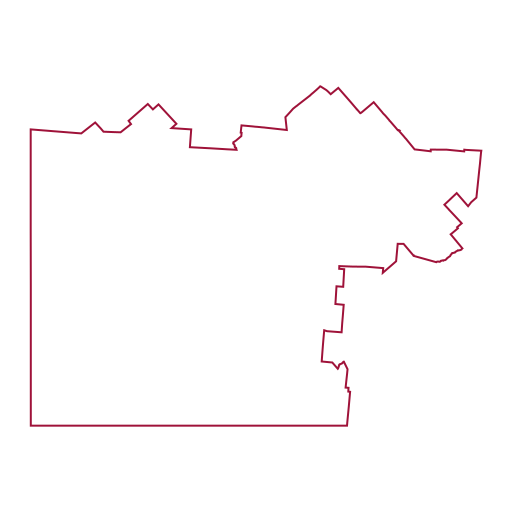 Diamantina, Queensland, Australia (Mercator projection)
{"feature_id": "25037944B3552129947749", "entity_name": "Diamantina", "entity_type": "district", "adm_level": 2, "iso_a3": "AUS", "parent_name": "Australia", "parent_adm1": "Queensland", "projection": "mercator", "projection_center": [140.812, -24.577], "detail": "fine", "context": "isolated", "style": "outline", "palette": "rose", "viewbox_px": 512, "rotation_deg": 0, "n_neighbors": 0, "source": "geoboundaries", "source_scale": "gbopen_adm2", "svg_char_len": 4604}
<svg xmlns="http://www.w3.org/2000/svg" viewBox="0 0 512 512"><path d="M481.3,150.7L466.2,149.9L464.3,149.7L464.2,151.4L446.9,149.7L430.8,149.6L430.7,151.3L422.5,150.3L414.6,149.4L406.6,139.6L406.4,139.3L405.0,137.8L403.7,136.2L399.0,130.9L399.5,130.5L398.6,130.0L397.8,130.2L395.8,127.8L390.1,121.2L389.5,120.7L389.1,120.0L385.3,115.6L383.1,113.4L382.1,112.1L373.7,102.2L362.0,112.1L360.5,113.2L360.3,113.2L357.1,109.5L356.8,109.4L356.8,109.2L355.3,107.5L354.2,106.2L350.8,102.2L338.3,87.9L335.3,90.4L334.9,90.7L330.7,94.2L328.2,91.7L326.4,90.1L320.7,86.5L320.2,86.3L318.7,87.8L318.2,88.3L317.9,88.5L316.2,90.1L315.8,90.4L315.7,90.5L314.9,91.2L313.2,92.7L312.9,92.9L312.6,93.2L312.5,93.3L312.3,93.4L310.4,95.1L310.3,95.3L298.2,104.7L297.0,105.7L296.0,106.4L293.1,108.7L290.0,112.2L285.4,117.2L286.8,130.0L265.0,127.6L264.4,127.5L261.8,127.3L260.1,127.1L258.8,127.0L258.7,127.0L258.0,126.9L255.2,126.7L252.5,126.4L241.5,125.4L240.7,132.6L241.6,132.8L241.3,136.1L236.2,140.4L235.7,140.8L233.3,142.3L233.3,142.5L233.5,142.8L233.5,143.0L233.4,143.2L233.5,143.3L233.4,143.5L233.6,143.6L233.6,143.8L233.6,144.0L233.9,144.3L234.1,144.6L234.3,144.7L234.5,144.9L234.6,145.3L234.7,145.7L234.8,146.1L234.7,146.4L234.7,146.7L234.8,147.0L234.9,147.3L235.1,147.4L235.3,147.4L235.5,147.5L235.9,147.7L236.1,147.9L236.1,148.3L236.2,148.6L236.4,149.0L236.4,149.5L236.5,149.8L227.2,149.3L208.9,148.2L208.7,148.2L193.6,147.4L189.9,147.2L191.2,129.4L171.6,128.1L176.4,123.8L158.5,104.4L152.9,109.4L147.8,104.0L128.6,120.8L131.0,124.1L125.5,128.4L120.6,132.3L113.9,132.1L103.5,131.7L100.7,128.4L95.2,122.5L81.3,133.4L77.2,133.1L30.7,129.4L30.7,145.9L30.7,171.1L30.7,181.9L30.7,183.4L30.7,207.8L30.7,216.5L30.7,232.1L30.8,285.9L30.8,322.5L30.8,355.6L30.8,371.4L30.8,411.7L30.8,415.2L30.8,425.7L43.8,425.7L46.4,425.7L46.5,425.7L67.0,425.7L70.6,425.7L72.7,425.7L73.0,425.7L106.6,425.7L111.6,425.7L112.2,425.7L138.4,425.7L156.9,425.7L159.5,425.7L162.2,425.7L164.0,425.7L164.6,425.7L173.3,425.7L174.4,425.7L178.1,425.7L180.2,425.7L182.1,425.7L225.8,425.7L229.7,425.7L230.6,425.7L233.0,425.7L234.5,425.7L260.6,425.7L286.9,425.7L288.1,425.7L295.6,425.7L330.6,425.7L339.3,425.7L347.0,425.7L347.2,423.6L347.2,423.3L348.8,406.5L350.1,391.8L348.3,391.6L348.3,391.4L348.5,387.8L345.6,387.6L347.1,373.7L347.5,369.7L347.5,369.1L344.2,362.4L344.2,362.5L344.2,362.4L343.9,361.7L343.6,361.7L343.2,362.0L343.0,362.3L342.7,362.6L342.8,362.7L342.4,363.1L342.1,363.4L340.9,363.9L340.1,364.1L339.6,364.3L339.3,364.7L339.1,365.0L339.3,365.2L339.1,365.7L338.9,366.0L338.7,366.5L338.5,367.3L338.3,367.7L338.1,367.9L338.1,368.4L337.8,368.8L332.3,362.5L321.7,361.5L322.5,350.7L323.1,343.0L324.2,330.3L327.1,331.2L341.6,332.3L342.2,323.3L342.8,316.2L343.7,304.8L335.4,304.0L335.7,299.5L336.5,286.3L343.2,286.8L344.2,269.2L339.2,268.8L339.3,266.1L352.7,266.6L366.0,266.7L383.2,268.1L382.8,272.8L390.1,266.5L396.1,261.3L397.7,243.8L399.8,243.9L403.6,243.9L413.1,255.1L413.7,255.3L413.7,255.9L433.8,261.5L436.3,262.2L436.6,262.0L436.7,261.8L437.0,261.7L437.5,261.6L437.9,261.5L438.1,261.5L438.3,261.6L438.5,261.6L438.9,261.7L439.0,261.7L439.4,261.6L439.6,261.7L439.8,261.8L440.0,261.7L440.5,261.3L440.8,261.1L440.9,260.8L441.2,260.7L441.5,260.7L441.8,260.7L442.0,260.6L442.3,260.5L442.5,260.4L442.9,260.5L443.2,260.6L443.3,260.4L443.5,260.3L444.1,260.2L444.3,260.2L444.6,260.2L444.8,260.2L445.0,260.1L445.5,259.9L445.7,259.7L445.9,259.6L446.1,259.4L446.4,259.1L446.5,258.9L446.8,258.7L446.9,258.4L447.0,258.3L447.2,258.2L447.4,258.1L447.5,258.0L447.6,257.8L447.8,257.7L448.0,257.6L448.3,257.3L448.5,257.1L448.9,256.9L449.2,256.7L449.4,256.6L449.7,256.4L449.9,256.3L450.1,256.1L450.2,255.9L450.3,255.6L450.4,255.3L450.6,255.0L450.8,254.9L451.0,254.7L451.2,254.4L451.3,254.2L451.6,254.0L451.7,253.8L451.7,253.5L451.9,253.3L452.1,253.2L452.3,253.0L452.6,253.0L453.1,253.0L453.3,252.9L453.5,252.8L453.9,252.8L454.2,252.7L454.4,252.6L454.6,252.6L454.8,252.6L455.1,252.4L455.2,252.1L455.5,252.0L455.6,251.8L455.8,251.6L456.0,251.5L456.3,251.3L456.7,251.1L456.9,251.0L457.3,250.8L457.5,250.7L457.7,250.4L458.0,250.3L458.3,250.4L458.6,250.5L458.8,250.4L459.1,250.3L459.3,250.3L459.6,250.2L459.9,250.2L460.2,250.1L460.5,250.0L460.7,249.9L460.9,249.8L461.2,249.7L461.5,249.5L461.7,249.2L461.8,249.0L461.9,248.6L462.1,248.4L462.3,248.3L461.4,247.2L450.7,234.3L451.5,233.7L457.9,228.3L457.1,227.2L461.7,223.3L458.1,219.4L448.8,209.5L448.8,209.4L444.4,204.7L447.3,202.0L456.7,193.1L468.1,206.2L471.2,202.2L476.4,197.6L477.7,185.2L478.7,175.5L479.3,169.7L480.0,163.5L480.0,163.4L480.2,161.2L481.0,152.8L481.3,150.7Z" fill="none" stroke="#9f1239" stroke-width="2"/></svg>